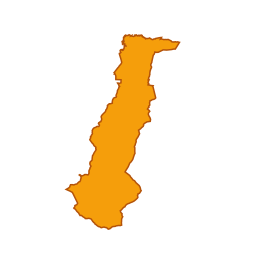 Malini, Suceava, Romania (Natural Earth projection), rotated 334°
{"feature_id": "2599482B41732614853379", "entity_name": "Malini", "entity_type": "district", "adm_level": 2, "iso_a3": "ROU", "parent_name": "Romania", "parent_adm1": "Suceava", "projection": "natural_earth1", "projection_center": [26.022, 47.371], "detail": "fine", "context": "isolated", "style": "filled", "palette": "amber", "viewbox_px": 256, "rotation_deg": 334, "n_neighbors": 0, "source": "geoboundaries", "source_scale": "gbopen_adm2", "svg_char_len": 5735}
<svg xmlns="http://www.w3.org/2000/svg" viewBox="0 0 256 256"><g transform="rotate(334 128 128)"><path d="M112.4,190.1L112.3,188.9L112.7,187.6L112.9,186.3L112.8,184.6L111.2,180.7L110.8,178.3L109.7,176.8L109.3,174.6L108.9,173.4L108.8,171.5L106.1,166.2L107.2,165.4L111.2,162.9L114.2,160.3L115.9,159.8L118.4,158.4L122.0,154.7L123.1,153.9L123.8,152.1L125.5,148.7L125.4,147.9L125.8,147.3L127.0,146.4L127.9,145.3L129.3,144.0L129.7,142.8L130.6,141.8L132.9,140.5L135.9,138.2L136.1,136.5L136.3,136.0L136.5,135.6L136.4,135.3L136.5,134.6L139.0,134.2L140.2,133.7L142.3,133.2L143.1,132.6L143.3,132.0L143.6,131.6L144.6,131.1L147.7,130.8L150.9,131.8L152.0,130.2L152.1,129.9L152.3,128.2L152.1,126.2L152.3,124.5L152.6,124.0L153.2,123.3L154.9,122.5L154.7,121.5L153.8,119.5L154.7,118.9L156.0,118.5L156.0,117.8L156.3,117.4L157.4,117.1L157.7,116.8L158.4,114.8L159.5,113.6L159.6,113.2L159.8,113.1L161.0,113.4L162.0,113.2L162.5,113.2L163.8,113.6L165.2,113.5L166.1,113.1L168.6,101.6L168.5,101.4L169.1,101.0L167.5,100.0L165.0,98.0L166.0,97.5L166.2,97.0L165.8,96.6L165.9,95.9L166.1,95.7L168.0,94.0L167.2,93.6L167.5,93.2L168.3,92.6L168.7,91.7L169.6,91.2L170.2,90.6L170.7,89.7L171.1,89.5L171.7,88.1L173.1,86.2L173.9,85.5L174.6,84.6L175.2,84.4L175.6,84.0L175.9,83.5L176.0,82.8L175.8,82.1L175.9,81.8L176.4,80.8L178.0,79.6L178.9,78.3L182.6,73.7L183.9,73.1L185.0,72.1L185.4,71.5L186.9,72.6L188.4,73.2L193.9,73.2L196.9,74.9L201.6,76.6L203.8,77.1L205.1,77.8L211.8,73.6L211.1,73.1L210.6,72.4L209.4,72.1L208.3,71.2L207.4,71.0L205.6,70.1L205.0,69.4L205.0,68.7L202.9,66.0L201.7,65.6L200.5,64.9L198.9,64.2L197.1,62.6L196.1,62.4L197.8,61.3L196.5,60.8L191.9,59.6L191.6,59.9L190.2,59.3L189.6,59.5L188.8,59.3L188.3,58.9L188.2,58.6L187.2,57.3L187.0,56.6L186.1,56.6L185.1,56.2L184.4,56.1L183.5,55.4L183.4,55.5L182.9,55.6L182.8,55.3L183.1,55.2L182.7,54.8L182.6,54.1L181.9,53.7L181.8,53.3L181.6,53.2L181.8,52.9L180.8,52.0L181.2,51.7L181.3,51.2L181.0,50.5L180.7,50.3L179.9,50.1L179.9,50.3L179.7,50.4L179.0,50.2L178.8,50.3L178.5,50.1L178.8,49.9L178.7,49.6L178.1,49.3L177.3,49.3L177.3,49.5L177.0,49.5L176.6,49.1L176.7,48.9L176.4,48.1L176.2,48.0L176.2,47.9L175.8,47.8L175.6,48.1L175.3,48.0L175.1,48.2L174.8,47.7L174.6,47.5L173.8,48.3L173.1,48.2L171.4,46.9L171.9,46.5L170.6,46.5L170.9,46.2L170.5,45.4L169.9,44.7L169.3,45.0L169.0,44.7L168.2,44.8L167.4,44.2L166.8,44.2L166.8,43.8L166.5,43.5L166.3,43.8L165.6,43.6L164.9,44.0L165.2,44.5L164.2,44.7L163.8,44.6L163.4,45.0L163.3,45.3L163.4,45.6L163.1,46.2L162.7,46.5L162.5,46.9L162.1,47.1L161.8,47.5L162.5,48.1L162.4,48.3L162.1,48.0L160.8,47.6L160.4,47.9L161.3,48.6L161.3,49.5L161.1,49.6L160.7,49.2L160.3,49.7L160.4,49.9L159.9,49.9L159.8,50.3L160.9,50.1L161.8,50.9L161.0,51.4L160.9,51.8L161.5,52.4L162.1,52.6L162.1,53.4L161.0,52.9L160.5,52.8L160.3,53.3L159.1,55.1L158.8,55.1L158.4,55.0L157.9,55.1L157.6,55.5L157.7,55.8L157.2,55.9L156.8,55.7L156.7,55.5L156.7,54.8L156.5,54.6L156.0,54.5L155.5,54.6L154.8,55.0L154.6,56.3L154.3,56.8L154.5,57.1L153.6,57.3L152.9,57.2L152.7,57.6L152.3,60.2L151.7,63.8L151.3,65.3L151.3,65.8L151.2,66.1L150.8,66.6L149.7,67.4L147.1,68.5L146.7,68.9L144.9,69.6L139.7,72.2L140.1,72.7L140.0,73.1L139.9,73.3L139.9,73.6L139.6,73.7L139.9,73.9L140.0,75.2L139.5,76.8L139.1,77.4L138.3,79.1L142.9,81.6L141.5,84.3L140.6,84.1L140.2,84.2L139.9,84.1L139.6,84.0L138.7,83.1L138.3,83.0L138.6,85.0L138.6,85.6L138.3,86.1L138.7,86.8L138.7,87.0L137.7,87.4L136.7,88.5L135.0,89.6L133.9,91.3L131.9,93.1L131.4,93.8L131.4,94.6L131.2,94.9L130.7,95.1L129.2,94.8L127.9,94.9L127.3,95.5L126.6,95.9L125.8,96.9L125.4,97.5L124.8,98.8L122.7,98.5L122.1,98.1L121.6,98.0L121.1,98.2L120.8,98.4L119.7,98.5L119.2,98.9L118.9,99.9L117.7,101.0L117.4,101.4L116.0,102.1L115.2,103.1L114.8,103.4L110.7,104.8L109.0,105.8L108.7,106.4L108.4,108.0L108.2,108.6L107.8,109.1L106.8,109.9L106.4,110.4L106.1,110.4L105.4,110.2L104.7,110.5L104.1,110.4L103.9,110.5L103.3,111.2L103.7,112.5L103.6,112.9L102.7,113.7L102.3,113.8L100.9,113.0L99.6,113.2L97.5,113.0L96.1,113.5L94.7,114.6L94.5,115.4L93.9,116.2L93.6,117.4L93.1,117.9L91.8,118.5L90.9,119.5L90.5,119.4L90.3,119.6L90.1,120.5L88.5,121.8L89.2,125.9L89.7,127.2L89.7,129.0L90.7,131.2L90.6,131.4L90.0,132.3L89.9,132.7L90.0,133.2L89.5,133.6L89.3,133.9L87.4,135.0L87.0,135.2L84.7,137.0L84.1,137.2L82.8,139.1L81.7,141.0L81.2,141.3L79.0,142.0L78.2,143.1L78.0,143.7L77.8,144.4L78.0,145.9L77.8,146.3L76.7,146.9L76.0,147.8L74.2,149.3L73.4,150.8L73.4,151.2L73.0,151.7L71.7,152.6L71.4,152.6L69.9,151.4L68.9,151.0L68.4,150.8L67.5,151.1L65.6,150.9L65.1,150.5L64.7,149.5L64.2,148.8L63.6,148.9L64.4,150.5L64.3,151.5L63.6,152.8L63.0,153.2L62.6,154.0L61.3,155.1L60.4,154.9L59.3,155.2L57.6,155.9L57.2,155.9L56.2,155.5L54.4,155.4L52.9,154.4L51.5,153.8L50.3,154.8L49.9,155.4L49.1,155.7L48.2,155.9L45.5,156.1L48.2,159.3L49.7,161.4L49.8,162.6L49.8,173.5L48.3,174.5L47.8,174.4L46.3,174.4L46.2,174.9L45.5,175.6L44.2,176.2L44.3,176.8L45.1,177.9L45.5,180.5L46.3,182.6L46.4,183.4L46.4,184.5L46.6,185.7L47.3,185.8L48.0,186.4L48.3,187.5L49.8,189.8L49.9,190.7L50.9,191.1L51.2,191.4L52.8,191.8L54.1,192.7L55.0,193.7L55.4,196.7L55.7,197.3L55.7,197.8L56.3,198.8L56.3,200.1L56.9,200.8L57.3,201.9L58.2,203.6L59.3,204.4L59.9,205.5L60.3,205.9L62.4,206.3L63.3,206.7L64.0,207.5L64.9,208.0L65.4,208.9L65.7,209.9L66.0,210.3L67.6,210.6L68.2,210.3L69.0,210.3L70.4,209.9L71.0,209.9L73.4,210.8L74.5,210.8L77.1,211.6L78.2,212.3L79.7,212.5L80.6,210.1L81.0,209.6L82.5,206.8L84.4,205.4L84.2,204.5L84.4,203.4L85.0,202.7L85.1,202.4L84.6,201.0L84.5,200.2L84.9,199.1L84.9,198.9L86.0,198.8L88.8,197.6L89.7,197.4L90.7,197.5L91.8,196.6L92.7,196.3L94.1,196.0L94.6,196.0L95.7,196.2L97.6,196.2L99.7,196.4L101.7,196.3L103.7,195.8L105.8,195.1L106.3,194.8L106.5,194.6L107.0,192.7L107.7,192.3L108.0,191.6L109.7,191.7L112.4,190.1Z" fill="#f59e0b" stroke="#b45309" stroke-width="1.5"/></g></svg>